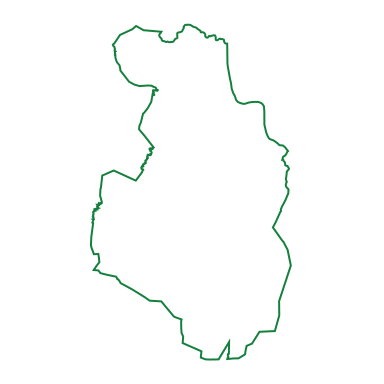 Apayao, Apayao, Philippines (Albers equal-area conic projection), rotated 181°
{"feature_id": "2640588B24165862747597", "entity_name": "Apayao", "entity_type": "district", "adm_level": 2, "iso_a3": "PHL", "parent_name": "Philippines", "parent_adm1": "Apayao", "projection": "albers", "projection_center": [121.354, 18.09], "detail": "fine", "context": "isolated", "style": "outline", "palette": "green", "viewbox_px": 384, "rotation_deg": 181, "n_neighbors": 0, "source": "geoboundaries", "source_scale": "gbopen_adm2", "svg_char_len": 5938}
<svg xmlns="http://www.w3.org/2000/svg" viewBox="0 0 384 384"><g transform="rotate(181 192 192)"><path d="M159.4,341.0L160.7,341.0L161.3,341.2L161.8,341.6L162.5,342.8L162.6,344.3L163.0,345.0L164.5,345.4L165.8,345.4L166.0,345.7L167.1,345.7L168.2,345.1L168.9,344.3L169.4,344.1L170.6,344.3L171.0,345.0L171.0,347.6L171.8,349.0L173.7,349.0L175.0,348.5L175.3,348.5L176.2,348.0L177.4,348.4L177.7,348.2L178.6,347.0L179.4,346.6L180.3,346.7L180.9,347.2L181.4,347.8L181.5,348.5L181.5,349.7L181.8,350.4L182.7,351.4L184.2,352.0L185.1,351.8L186.0,351.9L186.2,352.3L186.4,353.4L187.3,353.8L187.7,354.2L189.2,355.1L190.2,356.0L190.7,356.4L193.7,357.3L195.8,358.6L196.9,359.1L199.4,359.2L199.8,359.0L201.7,359.0L202.4,358.2L203.2,357.1L203.0,356.7L203.1,355.9L204.2,353.8L204.5,352.9L204.9,352.3L206.4,351.8L207.4,351.4L209.0,351.1L209.5,350.5L209.6,349.9L209.3,346.1L209.5,345.7L209.8,345.4L211.3,344.9L213.1,342.3L213.9,341.7L215.7,341.7L216.3,341.4L217.6,341.4L219.2,342.0L219.7,341.7L220.3,341.5L221.4,341.8L222.5,342.4L223.7,342.4L224.3,342.7L225.0,343.7L225.0,344.4L225.4,345.1L226.0,345.5L227.0,346.7L227.5,347.9L227.5,348.5L227.1,349.5L226.3,350.2L225.4,351.7L243.2,352.9L250.8,357.0L254.5,353.7L266.7,347.8L272.4,339.0L273.7,338.0L273.2,336.6L272.6,336.2L272.1,335.7L271.9,335.2L272.0,334.6L271.6,333.9L271.7,333.5L271.6,332.9L271.9,331.8L271.7,331.4L271.3,331.5L271.0,331.3L271.3,331.1L271.3,330.5L271.6,330.0L271.6,329.6L271.2,329.0L271.1,328.4L271.4,328.2L271.5,327.7L271.4,327.3L270.9,326.8L271.0,325.6L270.8,324.6L269.5,320.7L266.7,317.4L265.8,313.7L265.8,312.3L256.8,301.1L251.5,298.4L246.4,297.0L238.1,297.7L234.7,297.6L233.4,297.2L233.3,296.9L230.5,295.9L229.8,295.3L229.5,294.0L228.9,293.6L228.2,293.6L228.0,293.4L228.0,293.0L228.4,292.6L232.3,293.2L232.6,293.1L232.8,292.6L232.8,291.9L232.2,291.6L231.9,291.0L232.0,290.3L232.4,290.1L232.4,289.5L231.5,288.7L231.4,288.5L231.8,288.2L232.3,288.2L233.1,289.1L234.3,281.4L237.8,274.9L241.3,270.3L242.3,269.5L244.3,260.7L245.8,257.0L246.0,253.7L240.4,247.3L231.1,235.8L231.6,235.5L232.1,235.9L232.3,235.3L232.0,234.5L232.3,234.2L232.6,234.2L232.6,234.6L232.9,234.9L233.5,234.7L234.3,234.9L234.3,234.4L233.7,234.3L233.6,234.1L233.9,233.6L234.2,233.7L234.8,234.4L235.2,234.3L235.1,233.6L234.3,233.2L234.4,232.4L233.7,232.2L233.0,230.8L233.1,230.4L233.5,229.9L233.4,229.3L233.7,228.9L234.3,229.1L234.3,228.8L234.0,228.3L234.4,228.0L235.5,228.4L235.9,228.3L236.4,227.9L236.6,228.4L236.8,228.5L237.0,228.3L237.0,227.8L236.7,227.4L237.4,226.8L237.5,226.0L237.4,225.6L237.0,225.5L236.7,225.2L236.9,224.9L237.6,224.6L237.6,223.7L239.0,222.8L239.3,222.2L238.8,221.5L239.0,220.6L239.0,220.4L238.7,220.4L238.7,220.1L239.0,219.9L239.2,220.2L239.7,220.2L240.1,219.8L240.1,219.2L240.4,219.1L240.9,219.1L241.3,218.9L241.5,218.4L241.2,218.0L241.6,217.4L241.2,216.7L241.5,216.5L241.8,216.5L242.5,216.7L242.7,216.0L243.1,215.8L243.1,215.2L242.7,214.1L241.8,214.0L241.1,213.4L241.1,213.2L241.8,212.6L242.3,210.9L248.4,202.4L270.6,212.1L282.0,206.9L283.2,194.3L283.6,193.5L283.8,186.5L282.9,183.8L281.9,179.9L282.0,179.4L282.1,179.2L282.4,178.9L282.9,179.1L283.4,179.1L283.3,178.9L283.5,178.7L283.5,179.0L283.7,178.9L283.8,179.1L283.8,178.8L284.3,178.9L284.2,179.1L284.5,179.0L284.4,178.8L284.8,178.9L284.8,178.6L285.0,178.8L285.1,178.2L285.3,178.3L285.4,178.0L285.2,177.8L286.0,177.6L285.9,177.5L285.7,177.3L285.9,177.3L285.9,177.1L286.5,177.3L286.4,177.1L286.4,176.9L286.8,176.9L286.6,176.8L286.5,176.5L286.5,176.2L286.7,175.8L286.6,175.6L286.3,175.7L286.2,175.6L286.2,175.2L285.9,174.8L285.8,174.5L285.6,174.6L285.6,174.2L285.9,174.1L285.5,174.0L285.9,173.8L285.6,173.8L285.8,173.6L285.6,173.4L285.8,173.6L286.1,173.4L286.3,173.5L286.3,173.1L286.5,173.2L286.7,173.3L286.9,173.3L286.8,173.6L287.6,173.0L287.9,173.0L287.9,172.9L288.0,173.0L288.1,172.8L288.3,172.9L288.4,172.7L288.2,172.7L288.3,172.2L288.5,172.3L288.6,172.0L288.8,172.2L288.8,171.9L288.9,172.2L289.1,171.9L289.2,172.0L289.2,171.9L289.5,172.0L289.7,171.5L289.5,171.3L289.8,171.2L290.1,170.7L290.4,170.5L290.5,170.2L290.3,170.1L290.0,169.5L290.2,167.6L290.4,167.6L290.4,167.2L290.6,167.0L290.5,166.5L290.3,165.9L290.5,165.7L290.3,165.5L290.4,165.2L290.6,165.1L290.5,164.9L290.1,164.8L290.0,164.7L290.1,164.1L289.7,163.1L290.5,162.9L290.0,162.6L291.1,159.6L290.3,159.2L291.9,145.1L292.1,137.2L291.7,135.2L289.0,128.1L284.6,128.4L283.9,124.6L283.4,120.2L286.0,116.7L288.9,112.3L284.2,111.9L282.2,109.3L275.8,107.8L266.4,106.0L265.8,105.1L265.3,103.8L265.1,103.7L264.8,103.8L263.7,102.5L263.4,102.4L261.7,99.6L250.2,93.6L237.4,86.0L232.4,82.6L220.8,82.1L208.0,67.2L205.4,66.1L200.2,64.4L200.6,62.5L200.4,56.0L200.0,51.0L198.3,47.3L198.7,40.8L179.8,32.9L180.3,26.6L175.6,24.9L171.4,24.8L162.5,25.1L152.3,42.7L152.3,31.0L152.9,30.9L153.4,29.8L152.9,28.1L152.9,27.8L153.1,27.3L152.8,26.9L153.0,26.7L153.2,26.8L153.6,26.6L153.8,25.6L147.8,26.3L142.6,26.5L136.1,30.6L135.7,34.1L134.7,39.1L129.4,41.4L122.1,53.4L106.7,54.4L102.6,70.1L103.0,84.4L91.9,120.2L95.4,135.9L99.6,143.6L101.1,145.2L110.5,158.0L107.6,163.7L103.4,173.5L102.7,174.4L102.9,176.1L101.5,179.7L100.7,181.0L98.3,185.8L96.9,189.5L96.0,191.5L95.7,192.5L95.6,195.7L95.5,196.0L96.2,197.1L96.6,197.2L98.3,199.5L98.3,201.2L97.8,203.0L97.4,203.7L98.1,205.5L98.4,207.1L98.0,208.7L97.5,214.2L95.6,216.4L95.5,217.3L97.1,219.8L97.8,219.8L98.6,220.0L99.2,220.4L99.6,223.0L99.9,223.5L101.2,225.0L101.2,225.6L101.6,226.2L102.2,226.0L101.8,227.8L101.8,228.2L101.5,228.8L101.1,229.2L100.6,229.4L100.3,229.4L99.0,230.7L98.3,231.8L97.6,233.6L96.7,234.6L99.6,238.2L101.7,240.0L105.5,240.4L107.2,242.1L111.0,244.8L115.4,246.4L116.3,247.5L117.8,250.2L118.8,252.7L120.8,260.6L121.1,274.1L121.6,279.0L122.8,280.8L124.4,282.2L127.4,283.2L130.7,283.2L133.5,283.0L136.9,282.4L140.0,281.3L141.9,281.0L143.9,281.4L146.1,282.1L147.8,282.9L149.1,284.3L149.7,285.3L150.8,288.7L152.5,291.5L154.1,295.9L154.9,301.6L156.0,305.9L158.2,317.2L158.8,321.0L159.4,341.0Z" fill="none" stroke="#15803d" stroke-width="2"/></g></svg>